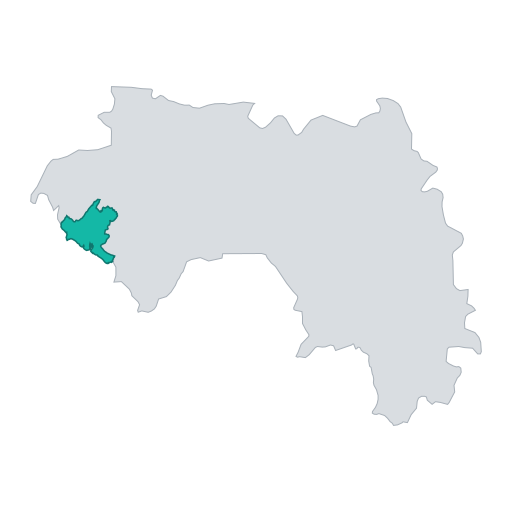 Boffa, Boffa, Guinea (highlighted)
{"feature_id": "49546643B38864499602181", "entity_name": "Boffa", "entity_type": "district", "adm_level": 2, "iso_a3": "GIN", "parent_name": "Guinea", "parent_adm1": "Boffa", "projection": "mercator", "projection_center": [-14.02, 10.351], "detail": "fine", "context": "in_parent", "style": "filled", "palette": "teal", "viewbox_px": 512, "rotation_deg": 0, "n_neighbors": 0, "source": "geoboundaries", "source_scale": "gbopen_adm2", "svg_char_len": 7711}
<svg xmlns="http://www.w3.org/2000/svg" viewBox="0 0 512 512"><path d="M322.2,347.1L317.5,346.5L315.4,347.4L309.2,354.7L305.4,357.6L299.6,356.7L297.5,357.2L296.0,356.4L298.1,352.3L301.1,344.3L308.8,336.3L308.9,334.6L305.8,329.9L302.5,323.5L302.5,316.6L301.9,311.6L295.1,310.2L293.9,309.4L293.7,307.7L297.5,299.1L297.8,297.4L297.3,295.8L293.1,291.4L286.7,283.3L275.5,266.5L271.3,263.0L267.3,257.9L265.8,254.7L261.7,253.5L222.7,253.7L222.0,258.1L208.6,261.0L200.3,257.6L191.1,259.6L186.6,261.8L183.1,271.6L181.2,273.7L179.2,278.1L177.4,280.5L175.4,285.3L171.0,292.1L166.4,296.6L158.6,299.0L156.2,306.2L154.4,308.9L151.4,311.0L148.2,312.3L141.8,310.9L138.2,312.2L137.6,310.4L139.6,304.7L138.0,301.7L131.9,295.8L131.3,292.9L129.4,289.2L121.4,281.6L113.9,282.1L115.9,275.7L115.9,267.2L113.3,262.5L113.9,257.8L112.6,258.1L110.0,261.3L106.0,260.3L97.8,255.2L93.6,250.3L93.2,246.1L92.2,244.5L89.7,245.4L84.6,245.3L68.9,237.9L57.7,219.1L57.5,214.9L59.1,207.6L58.7,205.6L53.6,210.5L52.6,207.2L48.7,199.7L47.5,195.4L43.8,193.4L40.8,193.1L38.4,194.5L35.4,203.4L33.1,203.3L30.7,201.4L31.2,194.8L37.2,186.6L47.3,165.8L51.0,161.1L53.2,159.4L58.0,159.2L67.3,156.4L78.7,150.0L87.5,150.5L97.8,149.7L111.3,145.2L111.5,131.2L111.0,128.1L106.2,125.3L103.4,122.9L101.0,119.8L98.1,117.6L98.2,115.3L104.2,112.3L109.7,112.3L111.5,111.2L112.8,109.2L114.4,104.1L114.9,98.8L111.3,91.6L111.5,86.6L131.3,87.3L142.2,88.7L151.1,89.1L152.5,90.2L151.2,95.2L152.4,98.1L155.4,98.8L160.4,95.4L163.0,96.2L168.5,100.5L173.7,101.6L179.3,103.9L184.6,105.2L189.3,105.1L192.9,107.5L199.5,108.2L208.0,105.2L214.7,103.8L224.1,103.5L229.0,104.5L243.3,102.1L254.6,103.4L252.8,105.1L247.7,116.3L248.3,118.3L259.7,127.8L262.5,128.5L265.6,127.2L270.5,122.8L274.4,118.0L278.1,115.8L282.5,115.9L286.0,119.2L294.1,133.3L296.2,135.1L298.1,135.0L301.7,132.4L303.5,129.3L311.0,120.1L322.7,115.4L350.5,126.1L354.6,126.9L357.0,126.1L360.4,119.8L370.9,114.4L375.9,112.9L378.8,112.8L379.9,111.0L380.4,108.5L379.8,105.8L376.6,101.1L376.5,99.7L378.3,98.7L382.3,98.1L387.5,98.5L393.3,100.6L398.0,103.6L400.7,107.1L405.9,121.9L411.8,133.6L411.5,149.1L414.1,150.7L417.0,151.4L418.3,152.6L421.1,159.0L423.8,160.9L427.0,161.3L433.0,165.4L436.9,167.0L437.4,168.3L437.3,170.0L435.8,172.1L430.0,176.4L427.1,180.1L421.2,188.9L421.0,190.5L422.3,191.7L424.7,191.9L427.3,191.3L432.8,188.1L437.1,189.2L441.2,191.7L442.7,194.2L443.1,197.6L442.1,201.9L442.0,206.7L443.4,214.9L445.5,223.1L447.6,226.1L461.3,233.3L462.7,236.0L463.4,239.0L462.4,243.2L461.0,245.5L453.4,251.9L452.3,255.0L452.9,260.6L453.4,284.6L456.4,288.6L459.9,290.6L468.1,289.5L467.9,296.2L466.8,303.6L471.6,305.9L474.0,308.2L475.4,310.3L467.8,314.2L465.6,316.5L464.5,322.7L464.8,328.5L475.0,332.6L478.9,337.4L480.7,342.3L481.3,351.7L480.4,353.9L477.7,353.9L472.6,348.2L464.7,347.6L458.8,346.5L449.0,347.2L447.3,348.9L446.1,361.4L448.5,363.5L453.2,365.9L456.3,366.9L458.8,366.6L460.8,368.1L461.2,372.2L459.9,375.3L457.3,378.0L454.0,385.3L454.7,391.9L449.2,402.4L447.6,404.4L440.3,402.4L435.5,401.7L432.1,404.3L427.3,400.2L426.4,397.0L424.7,396.3L421.5,396.3L418.5,398.1L417.2,401.4L416.5,408.2L411.2,414.6L407.4,422.6L403.0,421.8L402.1,422.8L397.5,424.9L393.5,425.4L392.4,423.3L390.1,421.6L387.5,418.2L384.6,415.5L378.9,413.6L376.7,414.4L374.1,414.2L372.3,413.1L372.5,411.5L375.5,407.3L377.2,403.5L378.1,399.3L378.1,395.4L376.5,389.8L374.0,385.3L373.4,382.7L373.7,379.1L373.1,375.7L372.3,373.9L371.1,367.4L369.6,366.2L368.7,361.0L369.0,355.7L366.8,353.7L363.4,352.2L361.3,350.2L360.1,347.8L358.8,347.2L357.8,347.3L356.8,348.7L355.7,349.0L353.7,344.1L352.9,343.9L351.5,345.0L335.6,350.5L333.6,345.8L330.5,345.0L325.3,346.9L322.2,347.1Z" fill="#d9dde1" stroke="#a8b0b8" stroke-width="1"/><path d="M99.9,199.7L97.7,199.4L96.7,200.5L96.4,200.5L95.9,201.4L94.9,201.7L94.4,201.6L93.8,202.6L93.0,204.1L92.6,205.4L92.2,205.5L91.8,205.3L91.5,205.6L91.0,206.3L90.6,206.7L88.7,208.9L87.2,211.6L86.4,211.9L85.7,212.8L83.8,216.2L83.2,216.7L82.4,218.0L81.8,218.4L81.4,218.4L80.0,219.7L78.7,220.6L77.6,220.7L77.4,220.6L77.0,220.3L76.4,220.2L76.0,220.3L75.1,221.7L74.4,221.8L73.8,221.7L73.4,221.4L72.6,220.2L71.4,219.0L70.6,218.7L69.6,218.5L69.3,218.5L69.0,217.3L68.2,217.0L67.6,217.0L67.4,216.3L66.7,215.7L66.5,216.4L65.1,218.0L64.6,219.6L63.2,220.9L63.1,221.0L62.7,221.7L61.7,222.2L61.8,222.5L61.5,222.6L61.2,223.0L61.1,224.2L61.2,226.0L61.0,226.4L61.2,227.3L61.8,228.1L62.3,229.0L64.1,230.4L64.8,231.1L65.3,231.8L65.7,232.1L65.9,232.2L66.7,232.2L66.6,233.0L67.1,234.6L66.2,237.4L66.2,237.7L66.5,238.0L66.5,238.5L66.7,238.9L66.6,239.3L66.9,239.6L67.0,240.2L67.1,240.4L67.5,240.3L68.2,239.6L68.7,239.3L69.1,239.2L69.4,239.3L69.7,239.3L70.4,238.7L71.0,238.6L71.8,238.8L72.5,239.1L73.2,239.5L73.6,239.7L75.6,241.0L75.9,241.3L76.7,242.2L77.0,242.6L77.6,243.2L78.6,243.8L78.9,243.8L79.4,244.4L79.5,244.5L79.5,245.0L79.7,245.3L80.4,246.1L81.6,246.8L82.2,246.9L82.5,246.8L82.7,246.6L83.1,246.1L83.3,245.9L83.7,245.3L84.0,246.2L83.7,246.8L83.5,247.2L83.4,247.6L83.6,248.1L84.3,249.0L85.0,249.5L86.0,250.1L86.3,250.3L86.6,250.4L87.1,250.3L88.0,250.0L88.8,250.0L89.4,249.6L89.8,249.6L90.2,249.2L90.1,248.9L89.7,248.6L89.8,248.3L90.1,248.4L90.3,248.3L90.0,247.7L89.8,247.4L89.7,246.8L89.6,246.0L89.8,245.3L89.7,244.5L89.9,243.8L90.1,244.6L90.4,244.5L90.5,243.9L90.7,244.2L91.2,244.3L91.5,244.2L92.0,243.8L92.2,244.2L92.3,244.6L92.4,245.0L92.2,245.1L91.9,245.3L91.8,245.5L92.0,245.7L92.8,246.1L93.1,246.1L93.0,246.6L93.0,246.8L92.8,247.1L92.7,247.8L91.7,249.2L91.5,249.3L91.4,249.7L91.3,250.0L91.0,250.3L90.8,251.3L90.9,251.5L92.7,253.3L93.0,253.5L93.3,253.3L93.3,253.2L93.4,253.3L93.9,253.6L94.4,254.1L95.6,254.8L96.2,255.0L96.6,255.0L96.9,254.9L97.4,255.1L97.8,255.6L97.7,255.6L97.9,256.1L100.5,257.7L102.4,259.1L103.1,259.8L103.6,260.5L104.5,261.7L105.6,262.8L105.9,262.8L106.3,263.2L106.7,263.3L107.1,263.5L107.4,263.4L107.9,262.9L108.7,262.5L109.2,262.6L110.1,262.3L111.2,261.8L111.8,261.5L112.2,261.0L112.9,259.5L113.1,259.2L113.4,258.1L113.8,257.4L113.8,257.0L114.0,257.1L114.3,257.1L114.7,256.0L114.1,255.8L113.8,255.9L113.7,255.9L113.3,255.5L112.0,255.1L111.6,255.0L110.9,254.9L110.2,254.5L107.0,253.0L106.2,252.3L104.6,251.3L103.3,249.8L102.9,249.1L101.8,248.0L101.0,246.9L100.7,246.5L100.7,245.6L101.0,245.2L102.9,243.8L103.3,243.9L105.1,243.0L106.3,240.9L106.6,239.4L107.2,239.0L109.0,237.0L109.2,236.0L109.2,235.9L109.0,235.5L108.6,235.0L108.5,234.6L107.5,234.6L106.1,234.0L105.0,234.0L104.7,233.9L104.7,233.2L105.3,230.0L106.4,229.5L106.7,229.6L107.4,229.4L108.0,228.8L107.8,228.1L107.6,227.7L107.6,226.4L108.0,225.7L108.4,225.2L109.5,224.9L110.2,221.7L110.1,221.2L109.8,221.0L109.8,220.7L110.5,220.6L111.0,221.3L111.6,221.4L112.5,221.2L113.8,220.7L114.5,219.6L115.0,219.5L115.3,218.8L115.4,218.7L115.7,218.5L115.9,218.2L116.2,218.0L116.4,217.7L116.5,217.4L116.6,217.1L116.7,216.9L116.8,216.7L117.4,216.1L117.4,214.9L116.9,214.6L116.6,214.2L117.1,213.4L116.5,213.0L116.2,211.8L115.3,211.9L115.1,211.5L114.8,211.4L114.6,210.9L114.3,210.8L114.3,210.7L114.1,210.5L114.3,210.1L113.4,209.7L112.8,209.9L112.3,208.2L112.0,207.9L110.6,208.1L110.1,208.2L109.4,207.9L108.3,206.5L107.5,206.3L107.0,207.2L106.3,207.2L105.9,207.7L105.5,208.0L104.3,207.8L103.4,207.3L103.1,207.5L102.6,208.1L102.4,208.8L102.3,210.7L102.0,210.9L101.1,210.5L100.9,210.7L100.8,211.0L101.2,211.7L100.7,212.1L99.9,211.9L97.6,209.2L96.8,208.5L96.3,208.5L96.2,207.6L96.4,207.3L96.7,205.8L98.5,203.3L99.2,201.9L99.4,200.7L99.9,199.7ZM92.6,246.5L92.5,246.3L92.0,246.0L91.6,245.8L91.3,245.4L91.1,245.5L90.5,246.3L90.6,246.5L91.1,247.1L91.4,247.2L92.6,246.5ZM109.0,262.9L109.0,262.7L108.2,262.9L107.9,263.2L107.8,263.4L108.0,263.5L109.0,262.9ZM111.8,262.1L112.2,261.8L111.9,261.7L111.3,262.1L111.4,262.3L111.8,262.1Z" fill="#14b8a6" stroke="#0f766e" stroke-width="1.5"/></svg>